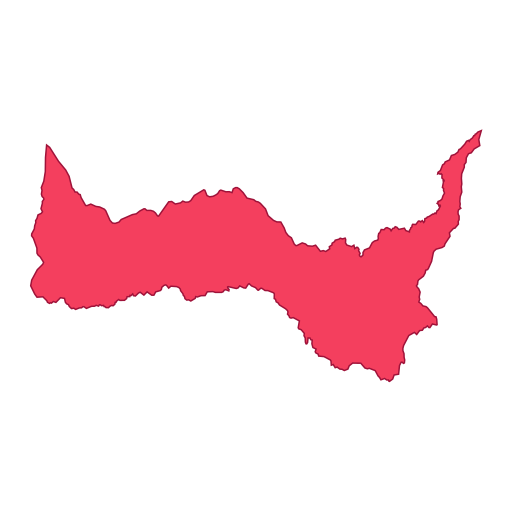 outline of Santa Isabel, Tolima, Colombia
{"feature_id": "7082276B22900870629792", "entity_name": "Santa Isabel", "entity_type": "district", "adm_level": 2, "iso_a3": "COL", "parent_name": "Colombia", "parent_adm1": "Tolima", "projection": "equal_earth", "projection_center": [-75.189, 4.734], "detail": "fine", "context": "isolated", "style": "filled", "palette": "rose", "viewbox_px": 512, "rotation_deg": 0, "n_neighbors": 0, "source": "geoboundaries", "source_scale": "gbopen_adm2", "svg_char_len": 6053}
<svg xmlns="http://www.w3.org/2000/svg" viewBox="0 0 512 512"><path d="M37.0,297.2L42.9,296.8L46.8,300.7L47.5,302.3L49.5,303.4L50.8,302.7L51.5,303.1L53.3,301.5L55.9,302.4L60.5,297.7L64.5,298.4L65.4,302.3L66.6,303.8L68.5,304.7L69.3,306.5L71.5,308.6L73.8,308.2L75.6,309.4L79.4,307.9L81.6,307.8L82.8,306.7L84.0,306.7L86.4,308.4L91.5,306.3L94.7,306.2L96.1,305.3L98.6,306.1L99.4,304.8L100.1,304.7L101.6,305.7L103.6,305.4L104.1,306.6L105.1,306.7L106.0,307.6L108.4,307.7L110.3,306.0L111.9,305.4L113.0,305.8L114.8,304.3L115.2,302.4L116.0,302.4L116.4,301.3L118.7,299.5L119.9,300.4L124.5,300.3L126.6,298.6L127.1,296.7L129.8,296.6L130.0,295.4L131.0,295.6L132.7,293.9L133.5,295.7L135.4,296.0L138.4,293.1L140.1,292.2L143.9,295.1L147.1,291.9L151.7,295.2L153.9,295.2L155.7,291.9L160.5,290.5L161.4,289.4L161.8,287.3L164.0,285.4L165.5,284.9L166.5,285.3L168.7,288.1L170.9,286.2L176.7,286.6L179.0,287.6L180.3,289.1L180.6,290.7L182.9,293.7L183.3,295.4L184.4,296.4L185.0,298.7L186.8,300.1L188.6,299.8L190.8,301.0L195.2,298.4L195.7,296.6L197.3,297.0L201.0,295.7L205.1,295.6L207.3,291.8L213.0,291.6L215.4,292.4L221.6,292.4L223.2,291.7L224.2,290.2L225.8,289.7L228.8,290.9L229.1,289.5L227.7,287.8L227.6,286.9L228.1,286.6L236.3,288.5L238.1,287.9L239.7,285.9L243.8,287.9L245.7,288.1L248.4,284.0L249.2,283.7L251.5,285.9L255.5,287.6L257.8,290.1L258.5,290.2L260.7,288.3L261.8,288.3L265.0,290.5L268.0,290.6L273.6,292.8L274.3,293.8L274.2,298.6L275.5,299.3L276.2,301.8L278.0,302.8L279.5,305.0L285.5,308.7L287.5,310.6L288.0,312.0L287.5,314.1L289.0,315.9L289.6,317.5L291.0,318.1L293.2,317.6L299.4,320.9L298.2,327.7L298.7,328.8L301.2,329.7L304.3,333.4L304.0,335.7L305.2,337.9L305.4,342.2L306.0,343.8L306.7,343.9L307.6,342.5L308.0,338.0L310.0,338.0L310.8,339.7L312.2,340.1L311.9,343.8L312.9,347.5L316.1,349.1L315.2,351.7L315.7,352.8L318.1,354.1L318.7,356.1L324.0,356.6L330.4,360.0L331.0,361.1L331.3,365.2L333.2,364.5L335.2,367.7L337.1,367.1L339.9,369.1L342.1,369.3L344.3,370.5L347.9,369.1L349.2,365.8L352.6,363.1L360.8,363.2L364.9,368.0L367.4,368.8L369.3,368.3L375.2,370.6L378.1,376.0L379.6,377.5L380.9,379.8L384.6,378.5L386.8,380.0L388.5,380.0L389.0,381.3L389.5,381.4L392.7,379.0L394.1,375.0L398.6,374.2L399.5,365.5L401.1,362.3L402.0,362.1L403.5,363.4L404.4,362.9L404.7,359.9L404.1,357.3L404.0,353.7L402.9,350.6L402.9,348.3L403.6,345.5L408.8,335.5L414.4,332.4L416.7,334.5L419.6,330.6L422.4,330.2L423.9,327.9L425.6,327.5L427.4,325.9L429.0,327.6L429.9,327.6L432.4,324.0L436.5,325.0L437.1,324.7L436.7,319.2L436.0,316.8L434.6,316.6L427.5,307.8L426.0,306.6L422.9,305.9L420.9,303.5L418.8,302.0L419.7,299.3L419.2,297.1L420.1,292.1L418.7,288.8L416.6,286.4L416.5,285.6L417.5,284.5L417.9,281.1L418.6,279.9L423.4,276.2L425.2,272.9L425.7,270.2L427.6,269.6L428.4,268.4L431.6,261.3L433.3,252.7L434.0,251.2L436.1,249.2L442.1,247.5L444.3,246.1L445.0,243.8L450.0,236.3L449.4,232.8L453.5,228.4L454.9,228.2L458.4,224.1L458.2,221.4L459.1,219.7L459.1,216.0L458.2,214.3L458.0,211.9L458.6,209.7L460.8,208.3L459.8,206.7L460.2,204.0L459.8,201.4L460.2,196.6L461.8,192.1L461.3,186.8L461.8,184.0L461.4,178.3L461.7,173.8L464.3,167.2L464.3,164.6L466.0,162.4L466.3,157.8L468.5,153.7L471.3,152.8L474.2,148.9L479.8,145.6L478.8,139.5L481.3,130.6L477.8,132.1L476.2,133.9L475.3,134.1L474.6,135.6L473.8,135.7L472.4,138.0L470.1,139.7L469.2,141.3L468.6,140.4L466.6,141.2L464.8,144.1L460.4,148.9L459.0,149.5L457.9,152.1L454.9,154.4L451.4,155.5L449.5,159.9L445.2,161.9L444.4,163.7L442.6,164.9L440.4,170.5L438.0,172.3L437.7,173.9L438.8,173.4L440.1,174.2L441.1,173.7L442.0,174.6L441.9,178.0L444.1,180.3L444.1,180.9L443.2,180.8L443.4,182.3L442.4,187.5L443.6,188.5L443.5,190.4L444.5,193.1L442.9,196.0L442.0,199.0L440.4,200.5L438.0,201.5L438.0,202.6L437.1,203.3L438.5,204.5L438.9,205.9L440.0,205.2L440.4,206.0L438.4,209.9L437.1,210.7L436.0,213.6L435.0,213.0L433.6,214.2L432.8,214.0L429.0,216.5L427.2,217.1L426.6,218.1L424.9,218.6L424.6,221.3L423.7,222.5L422.3,220.6L420.7,221.9L419.8,221.1L418.4,221.1L415.8,224.5L412.7,224.3L412.1,225.2L411.9,226.9L410.7,227.9L410.5,229.1L409.5,230.3L409.4,231.9L405.8,230.6L404.4,228.2L398.8,229.4L396.9,227.3L395.2,226.7L394.2,228.1L392.8,228.4L391.1,230.8L390.2,229.1L387.0,227.6L385.5,228.1L384.1,229.7L381.2,229.5L379.7,232.8L378.7,233.4L378.1,236.4L378.3,238.6L377.7,240.1L374.5,241.0L372.3,242.6L369.5,247.9L364.5,249.9L363.0,252.5L363.0,255.0L361.3,256.7L360.6,256.7L359.6,255.8L359.4,254.7L360.1,253.4L358.6,250.7L359.0,249.3L357.8,247.5L356.9,247.2L354.8,248.6L353.9,245.2L351.6,246.6L346.9,245.1L345.5,242.9L345.7,239.4L345.1,238.1L342.6,238.9L340.2,238.2L338.9,239.2L335.2,240.2L334.6,241.6L332.1,243.2L331.9,245.0L329.3,246.7L329.7,248.8L325.8,251.5L323.3,250.6L320.4,251.3L315.6,245.2L312.4,246.2L307.6,245.8L305.6,244.0L302.2,242.9L296.8,245.6L295.7,245.5L294.2,244.0L291.4,237.8L288.3,235.7L285.8,232.4L284.2,228.0L280.8,222.0L276.8,221.9L273.5,220.4L268.1,215.7L265.5,208.9L260.3,203.3L258.4,202.0L255.7,201.3L253.8,199.7L247.0,198.1L243.1,192.6L239.3,188.8L237.2,187.6L235.6,187.6L233.3,188.8L232.0,192.6L229.3,191.7L225.9,191.8L220.8,190.1L219.6,190.7L217.7,193.6L215.7,195.0L213.1,196.3L209.6,196.8L207.0,195.6L204.9,190.3L203.8,189.8L194.3,195.5L190.8,200.6L188.6,202.0L185.5,202.2L182.8,201.1L180.5,202.9L175.3,204.0L171.7,201.5L168.7,201.8L158.6,216.1L157.5,215.9L155.5,213.0L153.5,211.3L150.7,210.4L146.8,210.4L145.0,208.8L143.9,208.8L139.8,211.0L136.3,213.8L132.4,214.6L121.2,219.5L119.0,222.1L115.1,223.4L112.4,223.0L110.0,220.4L105.7,210.7L104.4,209.2L99.7,207.0L95.8,206.4L90.8,204.1L87.1,205.6L85.6,205.5L81.1,197.6L80.2,194.6L78.7,194.1L77.1,192.1L75.0,192.0L73.7,189.5L72.0,187.9L69.1,176.3L65.7,170.0L58.5,161.3L49.7,147.4L46.6,145.0L45.5,157.5L45.3,171.7L43.8,181.2L41.3,187.6L42.0,190.5L41.4,194.1L42.1,196.5L43.6,198.0L43.9,199.3L42.3,201.5L42.4,203.2L41.0,208.7L42.5,211.8L41.2,213.4L38.0,214.9L37.0,218.4L35.6,220.7L35.8,222.6L34.7,225.7L34.3,229.0L31.7,233.9L31.6,235.8L33.4,238.3L36.9,248.1L37.0,253.2L38.0,255.0L40.2,256.9L43.6,262.3L42.8,264.2L37.3,269.7L31.7,280.1L30.7,285.8L34.7,294.0L37.0,297.2Z" fill="#f43f5e" stroke="#9f1239" stroke-width="1.5"/></svg>